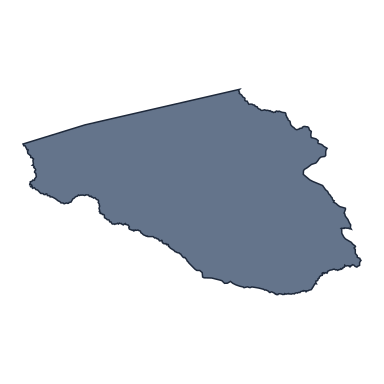 Cumbal, Nariño, Colombia (Mercator projection)
{"feature_id": "7082276B54446489784787", "entity_name": "Cumbal", "entity_type": "district", "adm_level": 2, "iso_a3": "COL", "parent_name": "Colombia", "parent_adm1": "Nariño", "projection": "mercator", "projection_center": [-77.91, 0.94], "detail": "fine", "context": "isolated", "style": "filled", "palette": "slate", "viewbox_px": 384, "rotation_deg": 0, "n_neighbors": 0, "source": "geoboundaries", "source_scale": "gbopen_adm2", "svg_char_len": 6012}
<svg xmlns="http://www.w3.org/2000/svg" viewBox="0 0 384 384"><path d="M345.4,208.2L339.8,206.6L337.6,205.0L336.2,203.6L333.5,202.1L334.2,200.8L333.1,200.3L332.4,199.1L332.1,197.7L331.0,196.7L330.4,195.4L328.7,193.8L327.6,191.4L325.6,189.8L322.6,185.5L312.7,181.4L309.7,179.8L303.3,174.4L303.5,170.7L304.4,169.4L307.4,167.6L311.5,164.4L315.9,163.0L317.4,161.3L319.3,158.5L320.6,157.3L321.6,156.9L324.6,156.5L325.4,155.8L325.7,155.4L325.7,151.7L326.0,150.1L327.1,148.3L323.5,146.2L322.7,145.2L321.4,144.4L318.2,143.4L317.9,142.8L318.2,140.6L315.9,138.8L311.4,137.6L311.1,137.1L310.8,134.9L311.3,131.4L309.5,130.1L308.6,127.5L307.5,126.8L305.8,126.7L305.0,126.4L303.7,126.5L302.4,127.2L302.2,127.9L301.8,128.2L300.2,128.3L299.5,128.5L299.4,128.9L297.0,129.7L296.2,129.6L294.8,128.7L294.0,127.7L292.3,126.6L290.7,124.7L290.0,121.3L288.1,119.9L287.8,118.4L287.3,118.1L287.1,117.4L286.8,117.3L286.3,115.7L285.9,115.3L286.0,114.8L285.7,113.3L285.1,112.7L282.1,112.3L279.0,111.1L278.1,111.7L276.8,111.0L276.1,111.2L275.3,111.9L275.3,112.2L274.6,112.1L273.5,112.5L272.5,111.7L272.0,111.9L271.3,111.6L270.8,111.1L270.3,111.1L270.1,110.7L269.3,110.9L268.8,110.6L267.0,110.2L266.4,110.5L264.7,109.8L262.4,110.4L261.3,110.4L260.7,110.0L260.3,109.4L258.6,108.8L257.6,107.8L257.2,106.8L255.2,106.3L254.9,105.5L254.4,105.0L253.1,104.9L252.2,104.2L250.6,104.1L248.8,104.3L247.1,101.1L246.2,101.2L244.9,100.5L244.8,99.6L245.0,98.7L244.7,98.0L242.9,97.0L241.6,95.0L239.3,93.4L239.5,92.2L238.8,91.2L238.8,90.7L238.9,90.2L239.7,89.3L85.2,124.8L23.0,144.0L23.9,145.8L24.6,145.7L25.2,145.9L27.0,149.7L27.4,149.5L28.0,149.6L28.1,150.4L27.5,151.7L27.9,153.5L30.7,155.8L30.7,157.5L32.3,157.7L32.6,158.5L33.1,158.5L33.6,159.0L32.9,160.7L33.4,163.7L33.3,164.4L32.3,165.3L33.3,165.5L34.2,166.8L33.8,167.4L34.1,167.9L35.1,168.5L35.7,169.9L35.4,170.5L34.7,171.1L34.5,172.0L34.6,172.4L35.8,173.4L36.3,176.7L34.7,178.8L34.5,180.1L34.0,180.4L32.9,180.0L31.7,181.4L30.3,181.7L30.2,183.2L29.7,184.1L29.7,184.7L31.1,184.5L31.9,185.3L31.8,185.9L30.5,186.4L30.7,186.8L32.3,186.9L32.4,188.1L32.8,188.4L33.2,188.0L34.4,187.7L35.9,189.6L37.6,190.0L40.7,193.4L43.2,193.6L43.9,194.5L44.4,194.6L45.3,194.6L45.9,193.9L46.8,193.9L47.4,195.6L49.7,195.7L50.1,196.9L52.1,196.9L55.4,198.7L58.2,200.9L59.6,201.5L60.3,202.0L60.9,202.9L63.1,203.0L64.1,203.8L66.4,203.0L67.9,203.4L68.6,203.2L69.2,202.4L71.0,202.1L72.9,198.8L73.9,198.4L75.6,196.7L77.6,196.1L77.9,195.4L78.5,195.0L79.5,195.5L80.9,195.0L81.8,195.2L82.9,195.0L84.5,195.5L85.3,195.3L86.0,194.7L87.0,195.0L88.2,194.9L88.6,195.2L89.4,196.4L91.1,196.2L91.3,197.0L92.5,197.2L93.6,198.1L95.0,197.7L96.4,199.4L98.1,200.0L98.6,201.1L98.2,202.5L99.3,204.1L99.3,205.5L99.7,206.0L99.0,208.4L99.7,210.3L99.3,211.6L100.3,212.2L100.0,213.1L100.6,213.5L101.7,213.5L102.4,214.5L103.5,214.5L104.3,215.1L104.5,217.7L106.5,218.9L107.3,219.8L108.5,219.8L109.2,220.2L109.6,221.7L110.0,222.0L110.8,221.8L111.0,222.0L111.9,223.7L112.8,224.1L114.1,223.9L114.8,224.4L115.5,223.9L116.7,223.8L117.4,223.3L118.4,224.0L118.8,223.4L119.4,223.1L120.1,223.6L121.3,223.5L122.0,224.3L123.3,224.9L123.8,224.3L125.2,223.6L125.4,224.4L126.1,224.3L127.1,224.9L128.0,224.9L128.4,225.7L129.3,226.5L129.3,227.0L128.8,227.6L129.2,228.9L129.5,229.2L132.1,230.2L133.2,230.1L133.4,230.8L133.8,231.0L134.7,230.5L135.1,229.9L136.0,230.4L138.0,230.0L138.3,230.4L140.1,231.0L140.5,231.5L140.9,232.7L142.2,233.6L143.2,234.6L144.0,235.1L145.9,235.8L146.2,236.2L147.5,236.1L147.8,236.6L153.1,236.6L154.7,238.0L155.4,237.8L156.8,238.4L157.1,238.9L157.9,238.8L159.0,239.9L159.2,240.6L159.9,241.0L161.8,240.3L162.0,240.5L161.9,241.2L162.2,241.6L162.3,242.3L162.7,243.0L163.5,243.2L164.0,243.8L165.9,243.6L166.2,244.4L166.9,244.9L167.1,244.8L167.2,244.3L168.3,244.5L168.6,246.5L169.1,246.5L170.3,248.1L174.0,250.4L175.1,251.7L175.9,251.8L177.0,252.5L179.4,253.1L180.1,253.9L180.8,254.1L181.2,254.9L182.8,257.0L184.0,257.7L184.8,257.4L186.5,259.4L187.3,261.2L188.0,261.7L188.7,262.8L194.9,269.1L196.7,270.4L199.8,270.5L202.2,272.6L202.6,277.0L204.0,277.8L211.6,278.0L219.6,280.0L221.9,280.7L224.5,283.3L227.5,283.2L230.4,281.4L232.8,283.3L236.0,284.9L240.1,286.3L243.0,286.9L244.0,287.7L247.5,286.8L249.2,287.5L250.3,287.6L251.8,286.9L258.5,288.0L263.6,289.3L264.7,290.1L265.8,289.9L268.4,291.2L269.4,292.4L270.1,292.5L271.3,291.8L271.6,291.8L273.2,292.5L273.5,292.8L274.2,292.9L274.8,293.7L275.5,293.7L275.8,294.3L276.3,294.3L276.6,294.6L277.1,294.4L277.8,294.7L278.5,293.9L279.5,293.7L281.1,293.9L282.7,294.5L284.3,294.4L284.7,293.7L285.2,294.1L285.8,293.8L286.3,294.1L288.6,293.5L288.8,293.6L288.7,293.9L291.5,294.1L292.7,293.6L294.5,293.9L295.2,293.1L296.8,292.8L297.4,293.1L298.4,292.5L300.0,292.5L300.7,291.5L302.1,291.3L303.2,290.6L303.8,291.2L304.6,290.7L305.7,290.9L305.9,291.0L305.9,291.7L306.4,291.7L306.9,290.8L308.0,290.8L309.0,290.2L311.2,289.7L312.2,288.4L312.3,287.9L312.8,287.4L314.8,283.9L315.1,283.7L316.4,283.8L315.8,282.8L315.9,281.1L317.5,280.6L318.0,279.7L318.0,278.9L319.2,278.1L319.3,277.1L320.6,275.7L322.3,275.3L322.4,274.1L322.9,274.0L323.0,273.7L322.2,273.2L322.6,272.8L323.9,272.6L324.6,273.4L325.4,272.7L326.0,272.7L327.0,273.2L327.4,272.7L327.6,271.4L329.9,270.2L332.2,269.8L333.1,269.3L334.4,269.2L335.6,269.9L336.6,269.7L337.8,270.4L338.6,269.7L340.0,269.6L340.7,268.7L341.5,269.2L342.2,268.5L342.7,268.5L343.0,267.6L344.4,267.1L344.8,265.2L345.9,266.1L347.3,265.7L348.8,265.8L349.5,266.7L350.1,266.9L350.3,266.7L350.4,265.8L351.4,265.8L352.2,265.1L352.3,264.7L352.7,264.7L354.0,265.2L355.1,266.4L356.9,267.1L357.5,266.4L359.6,265.4L359.6,262.5L361.0,260.3L360.2,259.7L359.9,258.4L357.3,257.3L357.2,255.6L355.3,253.4L355.3,249.3L354.5,248.7L354.1,247.9L355.5,246.7L355.3,246.1L352.5,243.9L351.4,242.4L345.4,238.9L343.8,237.0L341.8,233.3L341.7,228.8L341.1,228.4L341.3,228.3L344.2,228.4L344.3,227.9L347.3,228.2L348.5,228.1L349.2,228.7L350.1,228.7L351.2,229.1L350.4,227.7L350.7,224.9L349.4,222.9L347.9,219.5L345.3,216.1L344.7,213.7L344.1,213.1L345.5,209.2L345.4,208.2Z" fill="#64748b" stroke="#1e293b" stroke-width="1.5"/></svg>